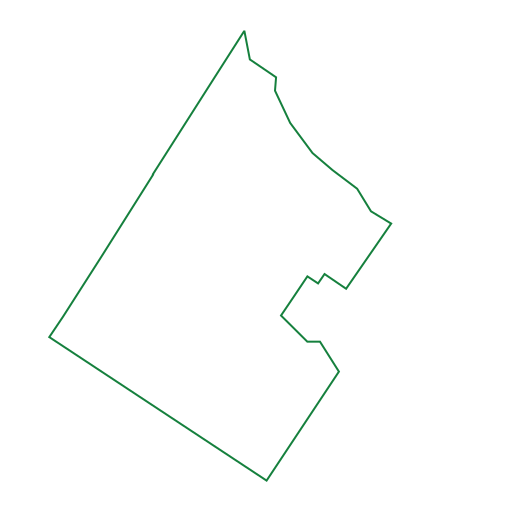 Holmes, Florida, United States of America (Equal Earth projection), rotated 303°
{"feature_id": "52423323B82780636991471", "entity_name": "Holmes", "entity_type": "district", "adm_level": 2, "iso_a3": "USA", "parent_name": "United States of America", "parent_adm1": "Florida", "projection": "equal_earth", "projection_center": [-85.728, 30.85], "detail": "fine", "context": "isolated", "style": "outline", "palette": "green", "viewbox_px": 512, "rotation_deg": 303, "n_neighbors": 0, "source": "geoboundaries", "source_scale": "gbopen_adm2", "svg_char_len": 499}
<svg xmlns="http://www.w3.org/2000/svg" viewBox="0 0 512 512"><g transform="rotate(303 256 256)"><path d="M75.4,126.8L73.4,387.2L204.2,388.5L219.0,356.3L212.1,345.7L219.7,309.4L241.0,309.8L266.9,310.2L266.8,323.0L278.2,323.3L277.6,349.4L356.8,351.7L356.1,328.1L367.5,304.2L369.7,273.5L373.1,247.4L386.2,212.2L405.0,181.9L416.8,175.5L417.5,143.8L438.6,123.5L438.3,123.6L383.5,124.0L268.4,125.0L268.2,125.4L171.0,126.7L100.0,127.2L75.4,126.8Z" fill="none" stroke="#15803d" stroke-width="2"/></g></svg>